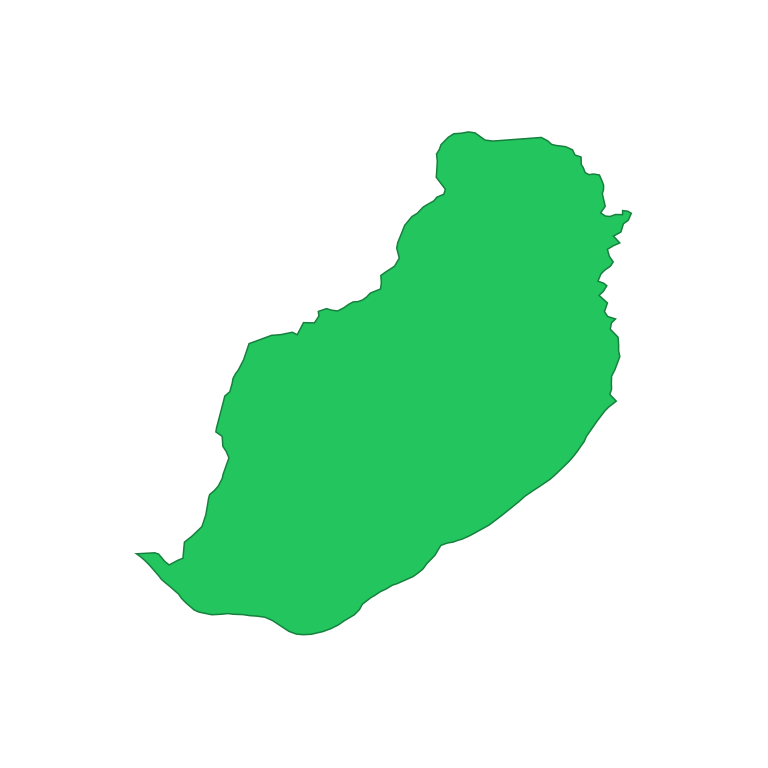 Ipueiras, Tocantins, Brazil (Natural Earth projection), rotated 253°
{"feature_id": "56859067B76630587037832", "entity_name": "Ipueiras", "entity_type": "district", "adm_level": 2, "iso_a3": "BRA", "parent_name": "Brazil", "parent_adm1": "Tocantins", "projection": "natural_earth1", "projection_center": [-48.392, -11.119], "detail": "fine", "context": "isolated", "style": "filled", "palette": "green", "viewbox_px": 768, "rotation_deg": 253, "n_neighbors": 0, "source": "geoboundaries", "source_scale": "gbopen_adm2", "svg_char_len": 2750}
<svg xmlns="http://www.w3.org/2000/svg" viewBox="0 0 768 768"><g transform="rotate(253 384 384)"><path d="M299.7,601.1L308.0,596.9L312.5,600.1L318.0,601.6L324.9,603.9L330.3,609.1L341.2,617.5L347.3,618.1L353.1,619.9L360.3,621.5L370.3,616.4L375.9,619.4L378.5,624.4L383.2,617.6L388.8,616.0L396.2,621.4L405.9,615.5L408.4,620.8L412.8,625.8L416.0,623.7L419.8,618.7L425.7,623.5L428.3,628.3L430.5,635.0L433.7,638.9L440.2,636.8L447.5,637.0L449.2,644.1L450.0,650.7L458.3,646.7L460.1,655.0L467.2,659.8L469.2,665.5L474.9,670.4L478.0,667.6L480.1,662.9L476.2,661.6L478.4,655.0L478.1,649.1L479.9,644.8L484.3,641.2L489.2,647.5L502.1,648.4L505.8,650.8L509.8,652.1L513.8,651.9L520.9,651.1L523.6,645.7L524.2,641.3L527.3,638.2L532.6,637.8L536.2,636.8L543.4,638.8L547.2,633.5L552.8,632.8L557.9,627.0L561.9,618.1L564.2,614.3L568.6,611.7L573.8,606.5L577.7,589.1L584.5,559.1L587.7,552.0L597.5,544.5L600.4,538.4L601.2,531.4L602.9,523.9L601.2,517.7L596.3,508.6L592.0,505.4L588.6,501.5L581.1,500.0L570.7,496.1L566.4,494.4L552.3,499.6L548.0,496.7L547.2,489.2L544.6,485.3L542.8,477.1L541.6,472.9L537.5,465.8L536.0,459.7L529.7,450.2L524.2,445.8L515.2,438.5L510.3,435.9L505.6,435.7L499.9,435.4L493.6,428.6L490.6,418.3L488.7,412.7L481.4,411.0L475.9,408.4L474.9,397.4L472.2,392.7L470.6,387.8L470.4,383.0L471.5,378.5L470.6,373.9L468.6,367.6L467.4,361.0L470.0,355.3L472.9,351.1L472.6,342.4L468.0,341.6L462.8,335.3L466.2,325.0L456.5,315.4L460.3,311.4L461.3,300.4L462.4,295.0L463.4,290.7L462.1,266.8L448.3,256.9L439.8,248.6L437.5,245.3L433.5,241.3L428.7,238.8L421.7,234.3L419.0,228.2L414.0,225.2L397.1,214.8L391.0,211.0L387.3,209.2L381.3,213.9L371.4,211.7L365.6,213.4L358.7,214.1L353.3,210.1L344.8,203.8L341.0,201.7L334.7,195.5L331.7,190.6L329.3,185.0L326.1,182.9L319.4,179.6L310.9,175.3L300.9,168.2L294.6,155.8L291.1,146.9L276.2,140.8L275.7,135.4L273.8,125.6L278.4,122.5L287.3,118.7L289.6,115.4L294.0,97.6L290.1,100.6L285.1,103.7L279.9,106.5L266.2,112.6L262.3,114.0L258.9,116.1L252.1,120.6L243.0,126.2L238.1,127.7L232.1,130.9L223.4,136.4L220.0,140.3L213.7,151.8L211.2,161.9L210.1,167.6L207.9,172.5L204.7,181.7L201.7,188.0L199.1,194.8L195.8,201.9L190.6,208.0L175.3,220.7L170.5,227.0L167.9,233.4L165.9,241.4L165.1,253.1L165.6,261.8L167.0,270.0L169.2,276.8L172.0,288.2L175.4,294.5L179.7,298.9L183.5,308.8L184.7,314.0L186.5,319.9L187.3,325.7L189.2,333.4L189.2,338.0L191.4,355.8L193.8,362.6L195.8,367.3L199.4,372.0L205.3,382.6L213.0,391.1L213.4,397.9L212.6,404.2L212.9,408.7L212.8,413.2L213.9,421.9L218.4,443.2L223.8,458.0L232.2,478.9L235.4,485.7L238.5,495.6L239.9,500.6L244.4,515.2L247.6,522.1L255.7,538.0L259.9,544.7L263.6,549.9L267.2,554.3L270.4,558.6L274.8,562.3L278.5,567.1L286.5,577.3L293.8,587.5L296.3,592.2L299.7,601.1Z" fill="#22c55e" stroke="#15803d" stroke-width="1.5"/></g></svg>